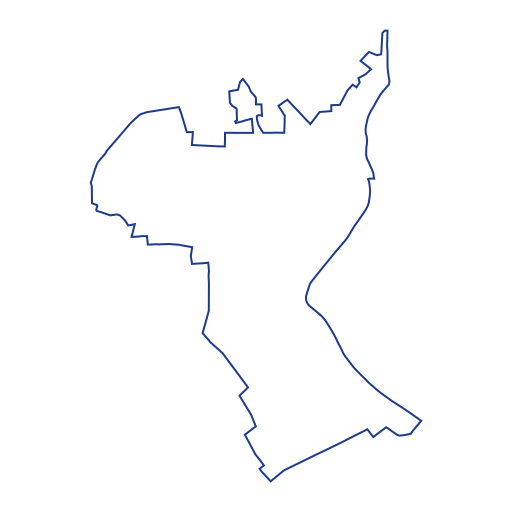 the district of Cau Giay, Ha Noi, Vietnam
{"feature_id": "81297802B81208073820584", "entity_name": "Cau Giay", "entity_type": "district", "adm_level": 2, "iso_a3": "VNM", "parent_name": "Vietnam", "parent_adm1": "Ha Noi", "projection": "orthographic", "projection_center": [105.795, 21.03], "detail": "fine", "context": "isolated", "style": "outline", "palette": "blue", "viewbox_px": 512, "rotation_deg": 0, "n_neighbors": 0, "source": "geoboundaries", "source_scale": "gbopen_adm2", "svg_char_len": 4211}
<svg xmlns="http://www.w3.org/2000/svg" viewBox="0 0 512 512"><path d="M367.1,120.8L367.3,119.7L368.6,115.6L369.6,113.5L370.7,111.4L373.2,107.2L374.0,105.8L375.8,102.5L377.8,99.0L380.3,94.8L383.0,91.2L384.2,90.0L385.5,88.4L388.2,85.3L388.9,84.4L389.1,83.9L389.4,81.8L389.3,80.9L389.2,79.6L388.8,77.2L388.5,75.5L387.9,70.6L387.5,66.4L387.5,63.0L387.5,55.4L387.5,54.0L387.4,49.7L387.1,46.6L387.5,30.7L384.6,30.7L383.8,31.6L382.8,32.6L382.4,33.1L382.1,38.1L381.9,41.5L381.6,48.2L381.1,54.3L376.9,55.2L368.9,52.0L360.5,60.9L365.5,64.7L371.1,69.2L365.5,74.3L358.4,78.1L359.7,82.4L356.5,87.3L352.6,84.7L347.5,90.4L339.9,104.9L331.3,105.2L331.3,111.1L319.6,112.0L310.4,124.1L305.9,119.4L287.3,99.7L280.7,104.3L278.5,105.8L279.8,108.0L282.1,111.5L282.5,112.3L283.7,114.2L284.8,115.5L284.6,118.2L284.6,118.5L284.6,119.5L284.7,121.0L284.6,122.4L284.6,123.1L284.6,124.0L284.5,125.2L284.5,126.2L284.3,131.2L284.3,132.8L279.0,132.7L274.8,132.7L270.4,132.8L263.2,132.8L260.6,128.8L258.6,125.2L257.0,119.9L256.8,116.0L258.5,115.2L260.6,115.3L262.0,115.8L261.4,104.4L255.9,104.4L256.0,99.8L255.8,97.9L255.8,97.4L254.9,96.3L250.7,91.4L248.9,86.8L242.9,79.0L240.1,81.9L238.0,89.8L229.3,91.3L229.9,102.8L232.2,105.7L236.6,108.6L237.0,120.2L235.1,121.5L235.9,123.1L237.4,122.6L240.3,121.9L245.1,120.5L245.8,120.2L249.7,119.3L251.8,118.8L252.0,120.0L252.0,120.5L252.1,121.1L252.1,121.5L252.1,121.9L252.2,122.8L252.3,124.7L252.6,126.9L253.0,131.5L253.1,132.9L252.8,132.9L250.9,132.9L250.5,132.9L225.0,132.8L225.0,139.2L225.0,141.0L224.9,142.9L224.9,144.9L224.9,146.4L220.7,146.4L217.7,146.3L191.9,145.0L192.7,134.7L192.9,132.1L188.9,132.1L187.8,132.1L186.8,132.0L181.0,112.7L178.9,107.1L146.7,112.2L140.5,114.3L139.1,115.2L138.9,115.4L131.4,122.3L127.8,126.4L106.6,151.1L106.1,152.2L105.6,153.1L103.9,155.3L100.3,159.3L98.0,162.2L96.9,164.2L95.0,169.3L93.0,175.7L91.4,181.0L91.0,182.1L90.7,182.9L91.1,183.5L91.8,186.5L92.0,203.3L96.8,205.0L97.2,205.3L97.3,205.9L96.4,209.4L96.2,210.0L96.4,210.6L97.0,211.0L101.5,212.3L109.5,215.1L110.5,215.4L112.0,215.1L113.1,215.0L115.7,214.5L117.7,214.6L117.9,214.7L120.1,215.5L125.3,220.8L128.2,225.5L132.0,224.7L134.8,224.1L131.6,236.9L138.3,236.6L141.9,236.1L145.6,236.2L146.9,236.1L147.8,244.0L147.8,244.5L152.3,244.5L155.9,244.2L158.6,244.4L168.9,244.0L175.6,244.5L178.6,244.7L181.5,245.3L192.2,247.2L192.2,247.4L190.8,255.8L192.0,263.9L203.5,263.2L208.2,262.7L208.5,265.5L209.0,271.3L208.8,272.6L208.6,276.1L208.9,282.7L208.9,286.1L208.8,310.8L202.6,333.1L209.3,340.8L210.0,341.9L222.6,353.2L225.0,356.4L226.9,359.0L232.0,365.8L233.1,367.3L236.1,371.4L239.2,375.5L245.1,383.5L247.2,386.3L248.0,387.4L239.5,395.7L251.2,414.9L255.8,426.4L253.5,428.1L244.9,434.7L255.4,454.4L259.9,460.0L263.9,465.4L259.6,468.8L261.5,471.4L270.7,481.3L283.9,470.4L315.8,454.8L337.5,444.4L367.3,429.3L373.3,437.1L374.5,436.1L386.2,427.2L388.7,428.9L389.5,429.5L390.7,430.3L392.0,431.3L393.2,432.1L394.7,433.1L397.4,435.0L399.7,435.6L401.9,435.4L403.9,435.1L406.3,434.7L408.4,434.3L409.5,433.9L410.7,433.9L412.4,431.3L413.2,430.4L413.9,429.5L414.5,428.8L415.2,428.0L416.4,426.5L416.9,425.9L418.5,424.1L418.9,423.6L421.3,420.8L405.7,409.9L392.4,401.3L384.3,395.5L379.3,391.8L376.1,389.2L368.7,382.6L362.6,376.5L358.1,372.0L354.1,367.9L350.3,363.0L346.8,358.4L344.9,356.0L344.2,354.8L343.8,354.1L343.3,353.3L341.9,350.3L340.8,348.0L339.8,346.1L338.0,342.7L337.6,342.0L336.7,339.9L333.5,333.6L330.0,327.8L326.9,322.8L324.9,319.9L322.7,317.3L320.7,315.2L309.5,305.9L308.3,304.7L306.9,302.3L306.3,300.6L306.0,298.9L306.0,296.5L306.9,293.3L309.7,284.6L310.4,283.2L312.1,280.8L316.2,275.6L326.0,263.5L332.6,255.4L337.3,249.7L344.9,240.9L347.6,237.4L354.6,225.7L358.1,220.9L363.1,213.7L366.0,209.2L367.9,205.6L368.8,202.4L369.8,195.6L370.1,191.2L370.0,188.9L369.4,183.8L368.8,180.9L368.0,179.1L369.5,178.6L374.2,178.6L373.6,175.5L373.6,175.4L373.4,173.4L373.0,172.2L371.9,169.3L370.6,166.6L368.9,162.7L367.4,159.6L367.3,159.3L366.6,157.3L366.3,155.7L366.1,154.2L366.2,152.6L366.3,147.7L366.8,144.5L366.9,143.4L367.1,140.7L366.7,136.6L366.3,135.0L366.1,134.5L366.0,134.1L365.9,133.5L365.7,133.0L365.6,128.7L366.0,125.9L366.1,125.2L366.3,124.6L366.7,122.7L367.1,120.8Z" fill="none" stroke="#1e3a8a" stroke-width="2"/></svg>